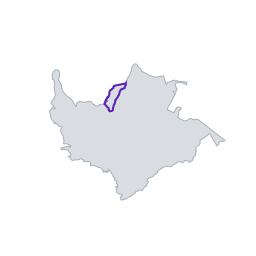 where Arauca sits in Colombia, rotated 297°
{"feature_id": "COL-1420", "entity_name": "Arauca", "entity_type": "Intendancy", "adm_level": 1, "iso_a3": "COL", "parent_name": "Colombia", "parent_adm1": "", "projection": "orthographic", "projection_center": [-71.152, 6.563], "detail": "fine", "context": "in_parent", "style": "outline", "palette": "violet", "viewbox_px": 256, "rotation_deg": 297, "n_neighbors": 0, "source": "natural_earth", "source_scale": "10m", "svg_char_len": 5745}
<svg xmlns="http://www.w3.org/2000/svg" viewBox="0 0 256 256"><g transform="rotate(297 128 128)"><path d="M146.0,42.2L143.7,43.1L139.1,44.3L135.9,49.5L133.7,50.4L131.1,53.5L129.1,57.3L127.6,65.1L123.6,71.7L123.9,72.0L125.5,71.7L127.0,71.0L127.5,71.2L128.0,72.3L129.8,72.6L131.2,78.0L134.0,80.7L134.2,81.8L134.6,84.0L133.6,85.3L133.3,90.2L134.2,91.5L136.2,92.0L137.6,95.0L138.4,95.7L139.7,96.2L142.7,95.7L148.1,96.2L149.4,96.1L152.4,95.1L156.3,96.4L159.1,96.6L166.9,105.8L167.7,105.5L168.6,106.0L170.6,105.1L172.3,104.9L174.5,105.4L177.4,105.4L183.3,104.4L184.2,103.8L187.4,104.4L188.3,105.0L188.8,106.7L188.5,107.8L187.3,108.9L186.7,110.3L186.6,111.9L186.0,113.2L185.0,114.0L184.6,115.2L184.9,116.7L184.3,123.6L184.8,124.2L185.1,127.1L186.5,130.8L187.2,131.8L188.3,132.7L190.4,135.7L189.9,136.7L184.6,141.5L184.4,142.6L185.4,142.2L187.0,142.6L187.6,143.8L191.5,147.1L191.5,148.3L192.6,150.8L192.4,151.4L195.2,158.5L195.3,159.9L193.0,160.4L192.9,155.6L192.6,154.7L190.0,150.4L189.5,150.1L187.7,150.6L184.9,153.8L183.5,154.2L182.5,153.8L181.4,151.9L180.7,151.6L180.0,153.2L180.9,154.6L168.2,154.6L165.7,154.0L162.3,154.8L162.3,161.9L168.3,162.0L169.9,164.1L169.8,165.7L170.0,166.3L168.6,166.7L166.5,165.6L162.8,166.9L160.0,167.3L159.9,175.2L161.5,177.1L164.7,179.2L165.2,180.7L164.9,182.0L165.7,183.7L166.8,184.6L166.8,185.7L167.3,186.8L161.0,220.1L158.8,218.1L158.0,216.3L156.9,215.5L154.7,216.1L152.5,215.2L159.8,203.9L159.6,202.9L153.4,200.1L152.8,199.4L149.9,197.9L148.3,198.4L147.4,199.1L145.1,199.3L143.3,198.1L141.2,197.3L138.6,199.3L137.8,199.2L136.0,200.1L134.1,200.4L131.5,199.5L129.4,200.1L128.0,200.0L127.5,199.4L125.6,198.7L125.4,197.9L125.9,196.5L125.2,193.8L124.9,193.3L123.5,193.2L121.8,192.2L121.5,191.6L121.9,190.5L121.6,189.6L120.0,187.3L117.8,186.8L115.6,184.9L113.5,184.3L112.5,182.9L111.6,179.9L109.4,177.6L107.9,176.8L107.3,175.7L105.8,175.6L103.6,174.0L102.7,173.9L102.0,174.6L100.0,173.9L98.3,172.7L96.5,172.4L95.4,171.7L93.3,169.6L91.1,168.5L89.8,168.9L89.3,170.5L88.6,170.7L86.0,170.3L85.6,170.6L84.9,170.6L81.8,169.3L78.6,168.9L77.9,166.2L75.9,165.2L75.3,163.9L73.9,164.1L68.6,161.5L66.4,159.8L64.5,158.9L62.5,156.9L62.2,156.2L60.7,155.0L61.5,153.6L63.3,152.6L65.7,153.4L66.0,151.8L65.1,150.3L65.5,147.0L66.2,146.3L67.5,145.6L68.3,145.9L68.8,145.3L70.7,145.6L71.3,145.4L72.8,144.1L73.4,143.0L74.1,143.1L75.7,141.3L75.5,139.6L76.9,139.2L78.5,136.3L79.2,136.2L79.6,134.8L82.3,130.0L81.3,130.5L80.3,130.2L80.4,128.5L80.1,128.3L79.2,129.6L78.5,128.3L78.7,126.2L77.5,126.6L77.5,126.1L79.3,124.5L80.1,121.0L79.5,119.7L79.2,114.3L78.9,113.2L77.4,111.9L79.8,110.4L80.6,109.2L79.6,106.8L78.2,104.8L78.2,103.6L79.0,103.7L79.4,100.4L78.6,99.1L77.7,99.0L74.7,94.1L73.7,93.0L74.5,90.7L75.4,89.6L75.3,87.8L75.9,87.9L77.2,89.6L77.7,89.3L79.8,87.8L79.8,86.4L81.5,84.9L79.3,79.8L78.5,79.0L79.5,77.4L80.0,77.5L80.9,79.1L82.3,80.1L84.4,83.0L85.3,83.6L84.6,84.2L84.5,84.9L84.8,85.3L86.0,85.4L86.5,84.6L86.2,81.2L85.7,79.5L84.6,78.2L85.0,77.7L87.2,76.9L91.7,73.7L93.3,70.7L94.5,69.6L95.8,68.8L97.5,69.0L98.7,68.7L99.1,67.7L98.3,65.6L99.3,62.7L99.3,61.2L100.0,60.3L99.7,60.0L98.1,61.0L99.8,58.9L101.0,55.8L107.6,50.3L111.9,51.7L113.2,51.6L111.4,52.3L111.2,53.1L111.8,53.9L112.4,54.2L113.0,53.7L114.4,50.4L114.7,48.7L115.3,48.1L116.2,47.8L120.4,48.6L124.3,48.4L130.8,43.8L135.6,41.9L136.8,40.0L137.2,38.5L138.0,38.0L139.0,38.0L139.5,37.2L141.7,36.0L144.1,35.9L146.7,36.9L147.8,38.8L148.0,40.1L146.0,42.2ZM70.8,145.0L70.5,145.3L69.9,144.8L69.7,144.3L70.1,143.8L70.5,144.0L70.8,145.0Z" fill="#d9dde1" stroke="#a8b0b8" stroke-width="1"/><path d="M138.9,96.0L139.8,96.2L140.2,96.3L140.3,96.2L140.5,96.2L140.8,96.0L141.0,96.0L141.0,95.8L141.3,95.7L141.6,95.7L141.8,95.7L142.1,95.8L142.1,95.6L142.3,95.5L142.7,95.5L142.8,95.6L143.0,95.7L143.0,95.8L143.1,95.7L143.3,95.6L143.5,95.7L143.5,95.8L143.7,95.7L143.9,95.7L144.1,95.8L144.4,95.9L144.5,95.9L144.8,95.8L145.0,95.7L145.1,95.8L145.5,95.8L146.1,95.8L146.3,95.8L146.4,96.0L146.5,96.3L147.2,96.3L147.3,96.4L147.4,96.5L147.5,96.5L147.7,96.4L147.8,96.3L147.9,96.2L148.0,96.2L148.8,96.3L149.4,96.2L150.0,96.0L150.4,95.6L150.5,95.5L150.6,95.4L150.9,95.3L151.3,95.2L151.8,95.1L152.5,95.0L152.8,95.0L153.0,95.1L153.5,95.3L154.0,95.2L154.8,95.9L154.9,96.0L155.1,96.0L155.5,96.0L155.9,96.2L157.0,96.8L157.4,96.8L158.0,96.4L158.4,96.3L158.8,96.3L159.1,96.4L159.5,96.7L159.7,96.9L160.5,98.0L161.4,99.0L162.2,100.1L163.0,101.2L163.9,102.2L164.7,103.3L165.5,104.3L166.4,105.4L166.7,105.8L166.8,105.8L165.7,106.5L165.3,106.6L162.9,106.5L162.6,106.6L162.3,106.8L162.2,106.9L161.8,106.7L161.6,106.5L161.6,106.3L161.6,106.2L161.2,105.9L160.3,105.5L160.1,105.4L160.0,105.1L159.9,104.9L159.6,104.7L159.4,104.5L159.3,104.4L158.9,104.2L158.7,104.2L158.1,104.2L157.8,104.2L157.5,104.2L157.3,104.2L157.0,104.1L156.7,104.1L156.4,104.1L155.7,104.4L155.2,104.6L154.6,104.7L154.0,104.7L153.2,104.9L152.5,104.9L152.0,104.6L151.9,104.6L151.6,104.6L151.4,104.7L151.1,104.8L150.0,104.7L149.2,104.4L148.8,104.4L148.2,104.4L147.6,104.2L147.2,104.1L147.0,104.3L146.8,104.3L146.7,104.3L146.4,104.3L146.1,104.5L145.7,104.6L145.4,104.7L145.2,104.7L145.0,104.8L144.9,104.8L144.4,105.0L144.1,105.0L143.9,105.0L143.7,105.0L143.4,105.1L143.2,105.0L142.9,104.9L142.6,104.9L142.4,105.0L141.6,105.0L141.3,105.0L140.1,105.5L139.7,105.5L139.3,105.5L139.1,105.5L138.4,105.8L137.8,106.0L137.2,106.4L136.8,106.4L136.4,106.1L136.0,105.9L135.8,105.8L135.6,105.6L135.3,105.1L134.9,104.7L134.7,104.3L134.6,104.0L134.6,103.9L134.7,103.7L134.9,103.3L135.2,103.0L135.3,102.7L135.5,102.4L135.8,102.4L136.0,102.4L136.2,102.1L136.3,102.0L136.6,102.0L136.8,101.9L136.9,101.7L137.0,101.6L137.1,101.2L137.4,99.1L137.5,98.9L137.9,98.5L138.1,98.0L138.3,97.6L138.7,96.5L138.8,96.3L138.9,96.1L138.9,96.0Z" fill="none" stroke="#5b21b6" stroke-width="2"/></g></svg>